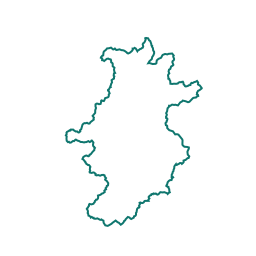 outline of Chiem Hoa, Tuyên Quang, Vietnam, rotated 54°
{"feature_id": "81297802B40107493867560", "entity_name": "Chiem Hoa", "entity_type": "district", "adm_level": 2, "iso_a3": "VNM", "parent_name": "Vietnam", "parent_adm1": "Tuyên Quang", "projection": "natural_earth1", "projection_center": [105.271, 22.169], "detail": "fine", "context": "isolated", "style": "outline", "palette": "teal", "viewbox_px": 256, "rotation_deg": 54, "n_neighbors": 0, "source": "geoboundaries", "source_scale": "gbopen_adm2", "svg_char_len": 5830}
<svg xmlns="http://www.w3.org/2000/svg" viewBox="0 0 256 256"><g transform="rotate(54 128 128)"><path d="M57.8,91.7L56.0,91.9L56.0,93.4L55.6,93.9L53.0,94.5L52.3,96.5L51.3,98.2L51.8,99.9L51.9,102.3L52.3,103.2L54.7,105.4L54.4,106.3L54.8,108.1L55.2,108.7L56.6,108.0L57.9,109.1L58.8,108.1L59.8,107.9L59.6,104.5L60.2,103.2L61.3,102.7L62.3,101.7L63.1,101.8L65.0,103.0L66.2,102.5L67.0,102.6L69.1,104.1L71.2,103.5L72.6,105.1L74.7,106.0L75.9,106.1L75.6,107.3L75.9,107.6L77.3,108.9L78.2,108.7L78.9,109.7L79.8,110.3L79.6,111.8L79.7,113.2L81.7,114.1L82.4,115.7L83.1,116.4L83.9,117.8L84.7,117.9L84.5,118.6L85.6,120.9L85.4,121.6L86.0,122.2L87.0,121.9L89.2,122.5L89.5,123.8L90.7,124.6L91.3,125.5L91.3,126.4L90.4,128.9L91.7,130.9L92.0,131.7L90.8,132.9L90.2,133.0L90.1,133.3L90.3,133.9L91.0,134.3L92.4,136.0L91.7,137.5L90.6,138.1L89.8,139.2L89.8,140.4L91.6,141.7L93.0,142.1L94.3,144.0L96.5,145.7L97.4,149.5L99.6,149.5L100.3,150.5L101.1,150.8L101.2,154.8L101.8,156.5L101.1,157.5L99.7,158.1L99.2,159.6L98.5,160.3L98.3,161.5L98.6,162.9L101.5,166.6L101.6,168.2L102.7,168.6L102.8,170.3L102.4,170.8L100.8,171.2L100.2,172.3L98.0,173.2L97.2,173.2L95.7,175.1L96.2,176.1L96.0,176.5L95.5,176.7L95.6,177.5L95.3,179.7L95.7,180.6L96.9,181.2L97.4,182.6L98.7,182.5L100.4,184.0L102.3,185.1L104.1,184.9L104.4,183.9L105.5,183.8L106.2,182.8L106.2,180.1L106.9,179.4L106.6,177.6L106.7,177.0L108.5,176.3L109.7,175.3L111.5,174.5L112.4,173.3L113.9,172.0L114.1,171.2L114.9,170.0L115.3,167.8L116.9,167.2L117.1,166.1L116.7,164.9L116.9,164.6L119.4,164.5L121.0,166.2L122.0,166.7L122.7,166.7L123.4,166.4L124.1,166.8L124.7,166.5L125.5,167.9L126.1,168.3L126.4,170.4L127.3,173.5L127.0,174.8L127.6,175.3L127.7,176.4L127.5,176.8L125.9,177.7L125.4,178.8L125.2,181.1L126.3,183.1L127.5,182.6L129.5,182.6L130.1,182.3L130.8,182.8L131.6,182.6L132.8,182.8L133.7,182.2L134.3,182.2L135.1,181.3L136.9,181.2L137.4,181.3L137.6,181.9L139.3,183.4L140.2,183.6L140.9,184.9L141.5,185.1L143.0,183.8L143.4,182.5L143.9,181.8L146.0,181.1L146.7,181.9L147.7,181.5L148.7,179.6L150.2,178.6L150.6,176.8L151.6,175.3L152.6,174.8L153.6,175.4L155.6,175.2L156.1,176.7L156.4,176.9L158.5,176.3L161.0,176.4L162.6,177.8L162.7,178.3L162.4,179.2L163.3,180.2L163.5,181.5L164.7,181.8L164.6,182.7L164.8,184.0L166.1,184.4L166.1,186.8L165.6,188.1L165.9,188.7L165.8,189.7L165.0,192.0L166.2,192.6L167.4,193.8L167.7,195.2L167.2,196.0L167.6,196.8L167.6,197.7L168.5,198.6L168.5,199.4L169.0,200.5L168.3,202.5L166.8,203.8L167.2,204.7L168.1,205.4L168.2,206.2L168.9,207.3L168.9,208.3L169.2,208.9L171.0,209.0L172.5,209.8L173.0,210.6L173.8,210.6L175.7,211.5L176.4,210.9L178.0,210.5L178.5,210.7L178.6,209.6L180.3,209.2L180.6,209.0L180.6,208.6L181.4,208.7L182.5,207.4L183.1,205.9L185.9,204.5L186.3,204.0L186.4,203.2L187.1,203.1L188.5,202.3L190.3,203.4L193.4,203.6L195.2,202.0L195.4,201.3L195.8,197.6L195.6,196.4L195.6,192.4L198.1,191.8L199.2,191.1L202.0,190.7L202.0,188.4L201.6,186.8L200.9,185.7L201.1,184.6L200.5,183.7L199.9,180.4L201.3,179.4L202.6,179.3L203.5,178.9L203.9,176.0L203.0,175.1L203.4,173.7L202.9,172.5L201.4,171.5L201.2,170.7L199.1,168.5L198.7,167.9L198.5,166.6L198.9,165.8L198.6,165.0L197.4,164.8L196.6,163.1L195.3,162.6L195.5,161.8L196.9,160.9L197.3,160.2L197.4,158.9L196.9,157.9L196.9,157.2L199.0,154.2L198.2,154.1L197.6,152.1L196.6,152.2L195.9,151.8L195.5,150.2L195.9,148.8L195.3,148.0L195.6,147.3L196.2,146.8L195.9,146.3L196.0,145.7L197.2,144.9L197.3,144.1L197.7,143.8L199.1,143.5L199.5,142.3L198.9,139.6L200.6,137.7L201.2,136.4L203.7,134.7L204.7,134.7L204.4,133.5L204.6,132.0L203.6,131.8L201.7,130.6L200.9,130.6L199.4,129.9L198.9,130.6L198.3,130.5L197.6,131.1L197.2,130.9L196.4,129.2L195.2,127.8L194.8,126.0L194.9,124.6L195.7,123.4L194.5,121.8L194.5,120.5L193.8,120.5L193.3,121.5L191.4,120.0L190.8,118.6L189.9,117.8L189.6,116.6L188.6,115.7L187.7,114.2L186.5,113.3L186.0,112.4L185.5,110.6L186.0,110.8L186.6,110.3L186.5,109.4L186.9,108.3L186.9,106.5L187.8,105.5L188.7,105.5L188.6,104.0L188.2,102.9L187.0,102.2L187.4,100.8L187.7,100.3L187.4,97.5L187.9,96.6L186.9,95.1L184.7,95.3L182.3,94.0L181.9,93.6L180.5,91.0L179.5,90.2L178.1,91.3L176.3,93.4L174.1,93.9L173.2,93.6L170.0,91.1L169.1,90.8L163.0,91.1L161.8,92.0L160.9,93.6L157.1,93.6L154.0,95.9L151.1,96.3L149.4,95.1L148.9,95.1L148.0,95.7L146.1,94.8L145.7,93.1L145.1,92.7L145.0,92.2L143.9,90.8L143.2,90.7L142.3,91.3L141.1,90.5L140.9,89.9L140.2,88.8L138.4,88.4L137.5,86.6L135.3,84.4L135.0,82.6L134.1,81.7L135.0,80.6L134.9,80.0L135.0,78.6L136.5,77.1L136.9,76.1L139.1,74.3L138.0,70.7L138.3,68.6L138.0,67.6L140.3,65.6L142.4,64.3L142.9,62.9L142.0,57.9L142.2,57.0L143.3,55.1L143.0,54.1L143.4,52.4L142.2,51.9L141.3,52.5L141.0,52.0L140.1,51.6L139.1,49.4L139.4,48.0L139.3,45.3L139.1,44.9L135.9,44.9L133.9,45.8L132.5,44.5L130.5,44.5L130.4,46.0L129.8,47.4L129.6,49.4L128.8,50.1L129.1,51.4L129.9,52.2L129.1,53.9L129.2,54.8L128.4,56.8L127.7,57.3L126.3,57.1L125.5,57.4L123.7,56.5L122.8,56.4L122.4,57.1L122.2,58.2L121.4,59.0L121.0,60.5L121.3,61.5L120.6,63.0L119.1,64.9L118.4,66.3L117.1,67.7L114.8,66.2L113.3,66.1L112.6,65.8L111.8,66.4L111.2,65.8L109.1,64.8L108.4,64.0L108.1,62.5L106.2,62.0L104.9,60.5L105.1,59.1L103.6,57.0L103.8,55.0L103.6,54.2L100.7,53.4L100.1,52.5L100.1,51.5L99.8,50.6L99.0,50.0L96.9,49.5L96.4,49.1L96.2,48.4L93.7,48.5L91.8,51.7L91.6,52.9L89.9,54.5L89.3,56.8L89.4,57.5L90.6,59.9L90.0,62.8L90.2,65.0L92.3,67.0L92.3,67.9L90.8,70.4L88.0,72.5L87.5,73.5L86.6,71.5L86.2,68.2L84.8,66.7L84.2,64.9L82.9,62.9L81.5,62.0L80.2,62.1L78.0,60.9L76.4,60.8L75.8,60.2L75.1,60.5L73.5,59.7L70.7,58.9L69.5,59.4L67.3,59.0L65.7,60.5L65.5,61.3L66.9,61.8L68.1,63.8L68.5,65.1L68.4,65.9L68.9,66.9L70.9,67.7L71.7,68.8L71.5,69.4L71.6,70.8L71.2,71.8L71.3,73.2L71.1,74.6L71.4,75.3L68.3,75.0L67.0,75.6L67.1,77.0L66.5,77.6L67.6,78.4L68.0,79.6L68.2,82.2L67.8,84.1L67.0,84.6L66.1,84.6L63.4,85.5L62.1,86.4L61.2,87.5L59.4,88.6L58.3,91.2L57.8,91.7Z" fill="none" stroke="#0f766e" stroke-width="2"/></g></svg>